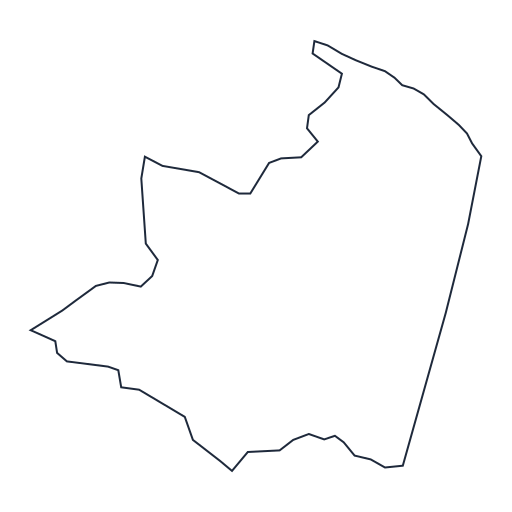 outline of Brejo dos Santos, Paraíba, Brazil
{"feature_id": "56859067B29664583774319", "entity_name": "Brejo dos Santos", "entity_type": "district", "adm_level": 2, "iso_a3": "BRA", "parent_name": "Brazil", "parent_adm1": "Paraíba", "projection": "albers", "projection_center": [-37.855, -6.391], "detail": "fine", "context": "isolated", "style": "outline", "palette": "slate", "viewbox_px": 512, "rotation_deg": 0, "n_neighbors": 0, "source": "geoboundaries", "source_scale": "gbopen_adm2", "svg_char_len": 922}
<svg xmlns="http://www.w3.org/2000/svg" viewBox="0 0 512 512"><path d="M30.7,330.2L55.3,341.2L57.1,352.9L66.9,361.4L108.0,366.6L118.3,370.2L121.2,387.3L139.1,389.7L160.3,402.3L184.8,416.9L192.9,439.9L219.9,460.8L232.0,470.9L247.8,452.0L279.6,450.4L293.2,439.9L308.8,434.0L324.2,439.4L334.9,435.8L343.7,442.3L354.6,455.6L370.7,459.4L385.0,467.5L402.8,465.7L445.7,313.1L468.1,224.1L481.3,156.2L472.1,143.4L467.0,133.5L458.9,125.0L447.3,115.1L433.7,104.1L423.9,94.4L413.6,88.5L402.2,85.2L394.6,77.8L385.0,71.2L371.8,66.7L355.7,60.2L341.9,53.9L327.6,45.4L314.4,41.1L312.6,53.5L341.9,73.7L338.5,87.4L324.7,102.5L308.8,115.1L307.0,128.3L317.8,141.6L301.2,157.3L281.1,158.4L269.1,162.9L250.3,193.5L238.9,193.5L199.1,172.2L162.5,165.9L144.9,156.7L141.3,178.5L145.8,243.6L157.8,260.0L152.2,276.0L140.8,286.6L123.6,283.0L109.3,282.5L95.9,285.9L76.1,300.3L62.2,310.6L30.7,330.2Z" fill="none" stroke="#1e293b" stroke-width="2"/></svg>